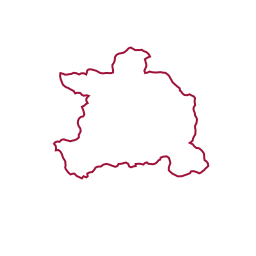 Conselheiro Lafaiete, Minas Gerais, Brazil (Robinson projection), rotated 307°
{"feature_id": "56859067B86519251311991", "entity_name": "Conselheiro Lafaiete", "entity_type": "district", "adm_level": 2, "iso_a3": "BRA", "parent_name": "Brazil", "parent_adm1": "Minas Gerais", "projection": "robinson", "projection_center": [-43.793, -20.669], "detail": "fine", "context": "isolated", "style": "outline", "palette": "rose", "viewbox_px": 256, "rotation_deg": 307, "n_neighbors": 0, "source": "geoboundaries", "source_scale": "gbopen_adm2", "svg_char_len": 3054}
<svg xmlns="http://www.w3.org/2000/svg" viewBox="0 0 256 256"><g transform="rotate(307 128 128)"><path d="M66.7,83.8L68.6,85.7L68.4,88.5L67.2,91.2L65.2,93.8L64.2,96.6L63.4,98.2L61.9,99.4L60.6,100.7L58.9,101.4L57.8,102.8L57.2,104.8L56.5,107.1L56.3,110.0L58.0,111.2L59.3,112.6L58.8,116.0L59.5,119.0L60.0,121.5L62.7,121.5L63.5,124.4L65.1,124.9L67.1,122.9L69.2,123.9L71.4,126.0L74.6,126.2L76.7,125.9L79.0,127.1L80.9,129.5L84.0,130.4L86.4,132.4L87.6,135.4L88.2,137.7L89.3,141.1L91.1,142.4L93.5,142.1L95.6,144.4L97.3,145.6L99.1,147.1L99.5,149.7L98.0,152.1L98.5,154.2L100.6,155.4L102.2,157.1L103.8,155.7L105.9,158.0L107.2,160.2L108.0,162.2L110.2,162.6L111.9,163.8L111.7,165.8L112.8,167.6L113.9,169.5L115.5,170.9L117.5,171.7L120.5,171.8L122.0,172.7L124.0,171.9L126.3,173.4L128.6,175.9L128.8,178.6L127.3,180.7L125.6,182.9L123.0,183.7L121.0,184.4L118.8,186.0L118.4,188.5L118.3,191.1L118.9,194.2L119.3,196.8L120.4,198.2L122.0,200.1L124.6,201.8L126.8,203.3L129.2,204.7L131.4,204.5L133.0,206.4L134.2,209.5L134.6,212.1L136.5,213.2L138.6,213.6L140.2,214.2L142.0,214.2L143.7,214.6L146.0,215.0L147.9,213.0L148.5,210.7L148.4,208.5L150.2,206.7L151.9,205.4L153.3,204.0L154.2,201.3L154.6,198.4L154.4,196.4L153.2,194.7L153.2,192.2L154.0,189.6L153.3,186.3L155.0,186.9L156.8,187.2L158.8,186.3L161.0,185.8L163.4,185.6L165.2,184.4L167.0,183.2L168.7,181.3L170.5,180.1L173.0,179.8L174.9,178.8L176.6,177.8L177.6,176.0L178.4,174.0L180.2,172.3L181.4,170.3L182.6,168.8L184.2,168.0L186.7,167.8L188.3,166.1L190.3,164.5L192.2,163.6L192.8,161.6L192.4,159.7L191.9,156.9L189.8,155.5L188.3,153.2L188.4,150.6L189.1,148.7L189.2,146.8L190.8,145.5L190.8,142.4L191.1,138.9L191.4,135.9L192.5,133.7L193.5,131.2L194.5,129.0L194.6,126.7L194.6,124.6L193.4,122.9L192.1,120.2L190.3,118.3L188.9,116.6L187.1,113.8L186.0,111.2L184.1,110.3L182.2,108.7L183.6,106.6L185.7,106.1L188.4,105.5L189.9,104.2L191.4,102.3L193.1,100.1L195.8,101.1L198.3,102.6L199.4,100.2L199.7,97.2L198.8,93.9L198.8,92.0L197.2,90.3L195.8,88.5L194.5,86.8L194.3,84.5L193.9,81.7L191.9,80.5L189.4,80.3L187.3,79.8L185.5,79.1L184.0,77.9L182.6,76.5L181.0,75.5L179.3,74.8L176.6,75.0L174.8,76.2L173.1,77.1L171.1,77.5L168.9,77.6L166.8,79.4L165.2,81.3L163.4,82.6L161.7,81.6L160.6,80.1L159.3,78.1L158.0,76.6L156.6,75.2L155.3,72.9L155.0,71.0L154.6,68.2L153.7,65.9L152.7,63.4L151.4,61.6L149.8,60.8L147.9,61.6L145.6,62.4L145.1,59.7L143.4,57.7L141.3,56.7L140.6,53.6L139.3,51.3L137.4,50.4L135.4,48.5L133.9,47.1L132.7,45.6L132.3,43.7L131.2,41.0L128.6,42.5L126.5,44.9L124.9,47.5L123.4,50.0L123.2,53.7L124.0,56.3L124.2,58.6L124.6,60.4L124.8,62.8L123.8,64.9L125.8,66.5L127.2,68.8L126.7,71.4L127.2,73.3L129.3,75.3L130.0,77.3L128.0,77.1L126.3,77.1L124.7,78.3L123.6,80.8L121.8,80.0L119.4,79.6L117.2,78.4L115.5,81.2L114.0,83.3L112.7,84.8L110.4,85.3L108.3,83.6L106.1,83.2L103.9,83.7L101.6,85.0L99.9,87.4L98.9,90.2L97.0,92.1L95.0,92.6L93.0,92.7L90.9,94.4L88.0,93.8L86.0,92.5L84.5,91.3L82.6,89.8L81.9,87.7L81.0,85.9L80.3,83.5L78.3,81.9L75.8,81.7L74.8,79.8L72.8,78.4L70.9,78.4L70.2,81.0L68.3,82.9L66.7,83.8Z" fill="none" stroke="#9f1239" stroke-width="2"/></g></svg>